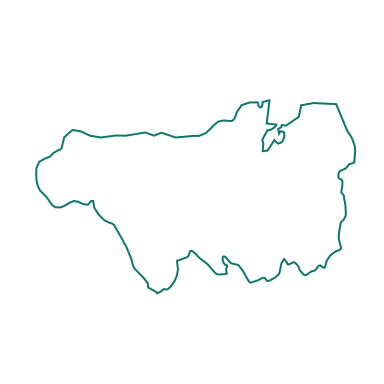 Guantánamo, Equal Earth projection, rotated 187°
{"feature_id": "CUB-1365", "entity_name": "Guantánamo", "entity_type": "Province", "adm_level": 1, "iso_a3": "CUB", "parent_name": "Cuba", "parent_adm1": "", "projection": "equal_earth", "projection_center": [-75.006, 20.219], "detail": "fine", "context": "isolated", "style": "outline", "palette": "teal", "viewbox_px": 384, "rotation_deg": 187, "n_neighbors": 0, "source": "natural_earth", "source_scale": "10m", "svg_char_len": 3115}
<svg xmlns="http://www.w3.org/2000/svg" viewBox="0 0 384 384"><g transform="rotate(187 192 192)"><path d="M126.2,292.3L126.2,269.1L116.5,269.1L116.9,267.6L118.1,266.1L121.6,263.2L124.6,262.5L127.3,255.8L128.6,252.2L127.2,249.2L126.8,241.2L122.1,242.3L119.9,246.6L118.4,249.8L116.7,253.6L114.9,252.2L112.4,250.5L108.9,252.3L107.5,256.0L107.1,259.0L107.9,262.3L109.1,262.8L110.6,263.2L111.6,262.9L112.2,261.8L112.7,260.5L113.2,261.9L114.1,265.1L111.3,267.2L111.1,269.4L106.7,269.4L95.1,279.7L94.2,291.4L82.2,295.1L59.6,296.8L45.5,271.8L40.5,265.9L39.1,263.7L36.0,257.3L35.0,252.6L34.6,241.0L37.8,239.3L38.5,239.3L39.5,238.5L42.2,234.2L47.7,230.8L48.4,229.6L48.8,228.0L48.6,225.2L48.0,223.8L46.6,222.8L45.6,222.7L44.9,222.4L44.3,221.8L43.6,218.2L43.8,209.9L41.6,207.9L41.1,207.3L40.9,206.9L39.8,202.7L39.2,201.4L38.0,196.9L36.7,189.5L36.6,187.5L36.8,186.1L37.9,183.5L38.5,182.4L39.1,181.7L39.9,180.9L40.4,180.2L40.8,178.5L41.1,168.5L40.6,163.4L38.1,157.0L37.2,154.4L37.6,153.5L38.7,152.3L41.6,150.8L44.3,148.7L47.0,145.9L49.3,141.4L50.2,138.9L50.5,136.9L50.5,135.4L50.7,134.2L51.1,133.2L51.7,132.9L52.9,133.2L53.7,133.7L55.9,134.7L57.0,134.4L58.0,133.4L59.1,130.8L61.2,128.6L63.9,127.7L68.3,123.7L70.1,123.3L71.6,123.9L72.6,125.0L74.8,126.9L76.1,128.5L76.9,130.2L77.2,130.8L78.7,132.5L80.8,134.2L81.8,134.7L82.8,134.5L87.1,131.9L88.0,131.8L88.8,132.5L89.1,133.5L92.5,136.7L94.6,132.0L95.3,122.6L95.9,120.9L99.0,117.3L104.3,113.4L105.8,112.9L107.0,113.2L109.0,115.3L110.1,115.6L111.6,115.3L115.8,112.4L121.2,109.8L122.7,109.3L123.9,109.5L125.3,111.0L131.9,119.9L137.1,125.2L144.6,126.0L150.9,131.6L152.4,132.0L153.3,131.6L153.5,130.5L153.5,129.6L153.4,128.8L153.1,127.9L152.5,126.5L151.6,125.1L150.2,123.7L148.4,123.5L148.1,123.3L148.1,122.9L148.2,121.9L148.7,119.7L148.6,118.9L148.4,118.0L147.5,115.5L148.0,114.9L149.2,114.5L155.5,113.3L157.6,113.5L159.9,115.1L167.7,122.2L176.2,127.2L178.7,129.1L181.1,131.3L184.2,133.2L185.6,133.6L186.6,133.1L186.9,132.1L187.2,130.3L187.5,129.0L187.9,128.1L188.5,127.2L189.1,126.6L198.5,121.8L196.5,113.4L196.8,107.4L198.1,102.5L199.3,99.6L201.0,96.5L202.2,94.7L204.0,92.8L204.8,92.2L205.7,92.1L207.6,92.2L208.3,92.0L209.0,91.4L211.3,89.1L214.2,87.2L215.5,88.4L223.9,91.9L224.7,96.0L229.2,100.5L239.7,109.0L241.6,111.8L244.1,118.3L251.4,131.2L253.2,132.6L254.0,134.6L265.3,149.7L267.5,151.0L270.6,151.5L275.7,153.4L281.9,158.2L287.1,164.6L289.0,171.0L290.7,171.0L293.8,166.7L298.5,166.7L303.7,168.3L308.1,168.7L312.0,166.5L316.1,163.3L320.5,160.7L325.4,160.2L328.3,161.4L330.6,163.4L335.2,168.7L343.1,175.1L345.9,179.5L347.8,184.8L348.8,190.5L349.4,196.5L347.3,203.4L342.4,207.1L337.5,209.6L334.3,213.9L329.6,217.3L328.0,218.0L326.8,219.6L325.5,230.7L318.2,239.0L309.6,238.6L299.9,235.4L289.1,235.0L274.5,238.8L264.6,239.8L245.6,245.4L236.7,243.3L229.4,247.1L214.8,244.1L197.3,247.9L191.7,248.6L185.8,252.0L181.9,256.3L178.3,261.2L174.3,265.2L169.1,266.9L163.7,267.0L160.5,267.7L158.6,270.3L157.2,276.7L153.4,284.2L145.9,287.8L137.7,289.0L136.4,285.4L134.7,284.2L133.5,284.7L132.8,286.9L132.9,289.9L127.0,292.3L126.2,292.3Z" fill="none" stroke="#0f766e" stroke-width="2"/></g></svg>